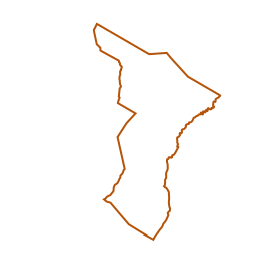 outline of Ebebiyin, Kié-Ntem, Equatorial Guinea, rotated 30°
{"feature_id": "11065452B6027875666302", "entity_name": "Ebebiyin", "entity_type": "district", "adm_level": 2, "iso_a3": "GNQ", "parent_name": "Equatorial Guinea", "parent_adm1": "Kié-Ntem", "projection": "albers", "projection_center": [11.284, 1.979], "detail": "fine", "context": "isolated", "style": "outline", "palette": "amber", "viewbox_px": 256, "rotation_deg": 30, "n_neighbors": 0, "source": "geoboundaries", "source_scale": "gbopen_adm2", "svg_char_len": 3875}
<svg xmlns="http://www.w3.org/2000/svg" viewBox="0 0 256 256"><g transform="rotate(30 128 128)"><path d="M142.9,201.8L146.3,202.4L150.1,201.4L176.8,210.9L186.8,211.2L197.0,211.4L196.3,212.4L205.8,212.2L205.8,211.6L205.8,210.9L205.7,209.7L205.8,208.2L205.8,207.3L205.8,206.4L205.9,204.9L206.0,203.4L206.1,201.9L206.2,201.3L206.3,200.1L206.5,198.9L206.8,197.5L206.8,196.8L206.9,195.7L206.8,195.1L206.5,193.8L206.5,193.6L206.6,191.8L206.7,191.6L207.0,190.1L207.0,187.8L206.8,185.9L206.6,184.0L206.5,183.1L205.4,182.3L204.9,181.6L205.0,181.0L205.0,180.6L205.0,180.3L205.6,178.7L204.7,176.8L204.6,176.5L204.1,176.2L203.2,175.5L202.3,174.3L201.0,172.7L200.6,172.0L200.2,171.3L200.1,171.1L199.3,169.3L197.9,166.8L196.9,165.5L196.3,164.4L195.2,162.9L193.7,162.0L192.1,161.1L191.6,160.9L190.9,160.6L189.6,160.8L188.8,160.6L188.3,160.4L188.4,159.6L188.5,159.0L188.2,158.4L187.9,157.8L187.5,156.7L186.7,155.6L186.1,154.5L185.9,153.4L186.1,152.3L185.4,151.1L184.9,150.1L184.1,149.2L183.5,147.5L183.2,145.8L183.1,144.4L182.5,142.9L181.5,141.4L181.2,140.7L180.2,139.3L178.9,138.1L178.0,136.7L177.6,135.4L178.3,134.7L178.4,134.2L178.0,133.1L178.8,132.3L179.0,132.2L180.1,132.2L180.3,132.0L180.6,131.7L180.8,131.2L180.7,131.0L180.5,130.9L180.4,130.8L180.3,130.6L180.0,129.5L181.1,128.2L181.3,126.1L181.3,124.3L181.2,122.7L181.2,121.3L181.1,120.2L181.0,119.3L179.9,119.4L179.5,118.0L179.5,117.1L178.7,116.6L177.6,115.5L176.8,113.9L176.1,113.1L175.5,112.1L175.5,111.3L176.2,110.5L176.4,109.8L176.6,108.4L176.0,107.6L175.6,106.9L175.6,106.4L175.9,106.3L176.2,106.6L176.4,106.6L176.5,106.5L176.7,105.4L177.0,105.0L176.4,104.1L175.6,102.8L175.8,102.0L176.8,101.2L177.2,100.4L177.5,99.2L177.6,98.0L176.9,97.3L176.8,96.1L177.3,95.3L177.6,94.8L177.8,94.6L178.5,94.1L178.6,93.9L178.2,93.2L178.1,92.9L178.2,92.7L178.3,92.5L178.4,92.4L179.4,91.7L179.9,90.7L180.1,89.8L180.1,88.6L180.1,88.1L179.9,87.2L179.8,86.3L180.7,85.3L181.0,84.4L181.4,83.3L182.3,82.5L182.5,81.0L183.5,80.3L184.1,79.6L183.4,78.4L183.5,78.2L184.0,78.0L184.4,78.7L184.9,79.1L185.1,79.1L185.6,79.0L185.9,78.9L186.0,78.4L185.9,78.1L185.2,77.9L185.2,77.7L185.5,77.4L185.6,77.2L184.9,76.4L184.8,76.2L185.6,75.5L185.8,75.5L186.2,75.9L186.5,76.0L186.8,75.9L187.0,75.8L187.1,75.6L186.7,74.2L186.6,73.8L186.6,73.5L186.7,73.4L186.8,73.3L187.2,73.3L187.3,73.3L187.7,73.8L188.0,73.8L188.2,73.7L188.3,73.3L188.2,73.0L188.1,72.8L187.6,72.3L187.4,71.2L187.5,70.8L188.1,70.7L189.1,70.9L189.9,70.7L190.4,70.4L190.7,70.1L190.8,69.9L190.7,69.4L190.4,69.1L190.3,68.9L190.4,68.7L191.2,68.4L191.7,67.9L191.9,67.6L192.0,67.2L192.0,66.8L191.8,66.4L191.4,66.3L190.8,66.4L190.7,66.3L190.2,65.6L189.7,64.3L189.0,62.9L189.0,62.6L189.1,62.2L190.3,61.8L190.5,61.7L190.6,61.4L190.5,61.2L190.2,60.6L189.6,59.6L189.5,59.1L190.3,57.6L191.0,56.4L191.3,55.3L191.6,54.7L191.6,54.2L191.5,53.7L154.3,53.6L130.1,45.9L124.0,43.6L109.4,53.5L49.0,53.4L49.0,53.5L49.3,57.1L49.4,60.2L51.5,62.7L59.1,71.1L63.8,72.3L65.0,74.0L65.5,74.7L86.4,74.3L87.1,75.2L87.2,75.3L87.3,75.3L87.5,75.4L87.5,75.5L88.2,75.6L88.7,76.1L89.1,76.8L89.3,77.1L90.3,77.6L90.5,77.7L91.6,77.8L92.2,78.5L92.5,79.9L92.6,80.7L92.7,80.8L92.7,81.0L93.1,81.6L92.9,82.3L92.8,82.5L92.9,82.8L93.6,84.2L93.6,84.3L94.1,84.9L94.6,85.7L94.9,87.3L94.9,87.5L95.6,89.0L96.1,89.8L96.7,90.6L97.0,90.8L98.3,92.9L99.5,94.2L99.6,94.3L100.5,95.1L101.1,95.5L101.1,95.8L101.2,96.4L101.1,97.3L101.0,97.8L104.4,105.5L104.5,105.6L105.4,105.8L105.8,106.7L105.8,107.9L105.8,108.0L106.3,109.8L106.6,110.9L106.8,111.5L127.2,111.6L124.3,124.7L123.5,141.1L145.6,165.1L145.4,166.1L145.4,167.4L145.7,168.7L145.9,169.6L145.8,170.6L145.6,171.6L145.3,173.1L146.1,174.9L146.0,176.2L146.3,178.2L146.4,179.9L146.4,181.2L145.7,182.5L145.1,183.7L145.1,185.2L145.5,186.9L146.0,187.9L146.2,188.2L147.0,190.1L146.8,191.2L146.5,192.9L146.2,195.1L145.1,196.4L144.0,198.4L143.8,200.4L142.9,201.8Z" fill="none" stroke="#b45309" stroke-width="2"/></g></svg>